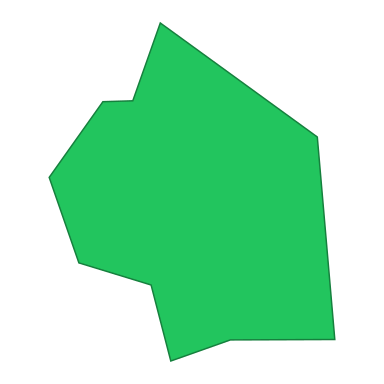 the district of Sharyngol, Darhan-Uul, Mongolia
{"feature_id": "93677404B32233139158886", "entity_name": "Sharyngol", "entity_type": "district", "adm_level": 2, "iso_a3": "MNG", "parent_name": "Mongolia", "parent_adm1": "Darhan-Uul", "projection": "albers", "projection_center": [106.453, 49.233], "detail": "fine", "context": "isolated", "style": "filled", "palette": "green", "viewbox_px": 384, "rotation_deg": 0, "n_neighbors": 0, "source": "geoboundaries", "source_scale": "gbopen_adm2", "svg_char_len": 261}
<svg xmlns="http://www.w3.org/2000/svg" viewBox="0 0 384 384"><path d="M334.8,339.5L317.3,137.0L160.3,23.0L132.8,100.8L102.9,101.7L49.2,177.4L78.9,262.9L151.1,285.0L170.8,361.0L230.4,339.9L334.8,339.5Z" fill="#22c55e" stroke="#15803d" stroke-width="1.5"/></svg>